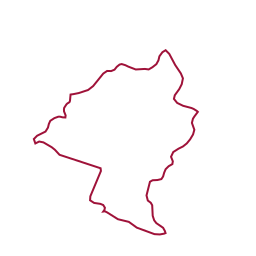 an SVG outline of Sourou, rotated 296°
{"feature_id": "BFA-2808", "entity_name": "Sourou", "entity_type": "Province", "adm_level": 1, "iso_a3": "BFA", "parent_name": "Burkina Faso", "parent_adm1": "", "projection": "orthographic", "projection_center": [-3.009, 13.252], "detail": "fine", "context": "isolated", "style": "outline", "palette": "rose", "viewbox_px": 256, "rotation_deg": 296, "n_neighbors": 0, "source": "natural_earth", "source_scale": "10m", "svg_char_len": 1449}
<svg xmlns="http://www.w3.org/2000/svg" viewBox="0 0 256 256"><g transform="rotate(296 128 128)"><path d="M125.9,64.1L127.1,63.9L132.9,61.7L133.2,62.1L134.3,63.8L137.8,68.4L144.7,75.5L150.4,78.3L166.1,81.9L170.1,84.2L171.8,87.9L174.5,90.3L178.1,91.1L181.3,92.6L182.7,94.3L183.3,98.1L183.3,101.3L184.0,109.3L188.5,117.3L189.7,120.9L193.3,123.3L197.8,125.5L202.2,125.7L206.2,124.8L211.2,125.7L214.4,127.7L212.7,132.6L205.3,142.8L200.2,151.6L196.7,155.6L190.9,157.1L185.4,157.0L178.0,155.7L174.3,156.5L172.1,161.2L172.1,167.8L173.8,176.3L173.9,178.7L173.5,182.4L173.1,183.7L167.4,182.6L164.8,182.3L160.6,183.2L155.5,188.4L150.7,189.3L145.0,188.8L139.9,187.6L135.5,185.5L131.6,182.5L126.2,179.2L121.0,179.3L117.7,182.9L115.0,183.7L111.5,181.3L107.5,179.9L103.7,180.1L99.8,180.8L96.7,180.4L94.1,177.2L91.8,173.0L89.3,171.3L75.5,174.2L71.5,177.6L70.8,181.2L69.2,183.6L59.9,188.7L56.5,192.0L54.9,195.2L53.7,203.3L51.5,206.4L50.0,207.8L48.9,206.8L46.3,203.3L44.2,198.3L42.3,179.6L44.0,169.9L41.6,158.9L43.0,146.2L43.0,143.7L42.1,142.4L44.2,142.7L46.2,142.2L47.9,139.5L47.7,136.4L45.8,130.4L46.4,125.6L50.1,124.1L77.5,122.5L79.8,121.0L73.9,78.2L76.4,71.8L77.3,67.8L78.0,58.3L76.9,54.1L73.5,51.5L76.8,48.2L81.2,49.7L88.6,55.4L93.3,55.9L96.9,55.1L100.4,55.0L104.6,57.5L107.6,60.4L108.4,62.0L108.9,64.5L110.0,67.1L112.0,66.4L114.9,63.2L116.8,62.2L118.1,61.8L122.2,62.3L123.6,62.8L124.7,63.6L125.9,64.1Z" fill="none" stroke="#9f1239" stroke-width="2"/></g></svg>